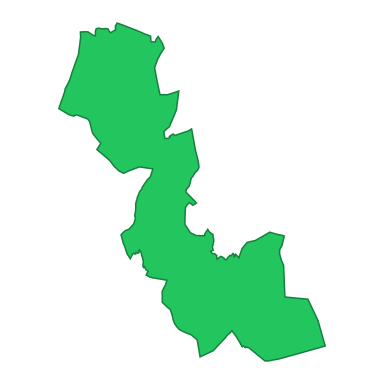 Kware, Sokoto, Nigeria (Equal Earth projection)
{"feature_id": "59680162B33139882700556", "entity_name": "Kware", "entity_type": "district", "adm_level": 2, "iso_a3": "NGA", "parent_name": "Nigeria", "parent_adm1": "Sokoto", "projection": "equal_earth", "projection_center": [5.32, 13.155], "detail": "fine", "context": "isolated", "style": "filled", "palette": "green", "viewbox_px": 384, "rotation_deg": 0, "n_neighbors": 0, "source": "geoboundaries", "source_scale": "gbopen_adm2", "svg_char_len": 3929}
<svg xmlns="http://www.w3.org/2000/svg" viewBox="0 0 384 384"><path d="M325.2,346.0L320.6,329.8L317.9,320.3L307.9,299.2L284.9,297.0L283.6,265.3L281.6,260.9L279.6,253.9L279.7,249.7L282.0,245.5L284.3,236.1L282.1,235.3L277.3,234.4L269.8,232.2L255.3,240.5L247.1,242.4L242.1,248.5L239.5,256.0L238.9,257.8L237.3,256.0L235.7,254.3L235.1,255.1L235.0,256.1L234.0,256.7L233.8,254.1L232.9,253.5L231.2,255.7L230.0,255.4L227.8,257.5L226.8,259.3L225.7,260.0L223.4,257.6L221.2,256.5L220.5,256.4L217.3,259.0L216.7,258.5L216.8,255.6L214.9,253.9L212.9,253.6L211.6,252.9L210.8,251.3L213.2,250.3L212.3,246.7L213.2,244.6L213.1,243.6L213.7,241.7L213.8,239.7L213.2,237.6L213.0,236.1L213.0,234.4L212.3,234.2L209.6,232.0L208.7,231.1L207.7,229.3L204.8,233.9L204.6,235.7L196.2,235.6L190.4,232.7L185.0,224.5L184.9,223.7L185.1,215.0L185.5,207.5L187.3,204.7L189.4,202.6L192.9,205.3L196.4,203.1L194.5,200.8L186.1,192.3L186.0,191.1L186.3,189.6L186.8,188.9L187.6,187.9L188.9,186.6L190.2,182.9L191.1,178.5L191.3,178.0L192.4,177.0L192.8,176.6L193.2,175.8L193.6,175.0L193.8,174.6L194.6,173.6L195.1,172.6L196.2,171.5L197.1,170.8L198.0,169.6L198.1,169.3L198.4,168.8L198.6,168.3L198.7,168.0L199.0,167.2L198.3,161.4L195.5,150.4L191.6,128.9L188.9,130.7L186.9,131.4L174.8,135.4L173.1,134.0L169.4,136.4L170.0,137.2L169.3,137.8L168.4,138.4L164.8,138.4L163.9,131.7L165.4,130.1L169.4,126.7L176.4,110.0L178.8,91.0L167.8,94.7L160.0,94.7L157.0,80.6L154.6,67.8L157.6,59.4L161.3,52.5L164.2,48.2L162.4,43.4L158.2,36.5L156.0,39.5L155.4,41.8L152.0,41.9L150.9,41.4L150.6,36.1L144.9,34.0L137.6,30.8L122.4,24.9L119.2,23.8L117.2,23.0L115.4,25.8L115.5,29.9L110.7,32.7L109.3,31.5L108.1,29.0L105.7,28.5L102.4,28.9L98.2,28.1L96.1,28.9L95.3,31.8L95.5,33.9L95.4,35.8L92.9,35.2L88.3,32.0L85.9,31.7L80.4,32.0L80.6,37.5L78.5,54.2L71.8,73.1L70.5,77.4L70.0,78.9L69.4,80.3L69.2,80.8L68.9,81.7L65.2,88.7L64.6,91.9L62.9,96.9L61.4,101.1L58.8,108.6L68.6,114.5L73.7,116.2L76.2,114.7L87.7,119.0L89.6,121.5L91.4,128.8L92.5,132.7L93.3,134.2L98.1,140.2L100.8,143.2L96.9,149.6L107.6,158.6L109.8,160.6L114.1,166.3L118.9,170.9L123.5,173.3L130.0,170.4L139.5,166.9L152.9,168.9L150.2,177.0L148.4,178.6L147.4,179.7L144.1,184.4L143.3,185.9L142.6,186.5L141.7,189.1L139.8,191.3L138.4,194.8L137.2,197.7L137.0,199.2L136.8,200.0L136.2,201.5L135.6,204.6L135.8,206.1L135.7,209.8L135.3,212.4L135.0,213.8L134.7,215.6L135.1,217.1L135.5,217.9L135.4,218.7L134.7,220.7L134.2,222.6L133.4,224.2L130.4,227.7L128.8,229.3L125.3,230.6L122.0,233.7L121.0,234.8L123.6,244.2L124.4,245.5L127.0,253.7L130.3,258.7L131.5,256.3L132.5,254.0L133.7,253.2L134.8,254.0L135.7,254.1L136.1,252.3L137.1,252.7L137.9,253.3L138.8,252.8L139.1,251.9L138.8,250.9L139.3,250.0L140.8,251.9L141.4,253.6L141.7,254.9L141.6,255.6L142.5,257.3L142.8,259.7L143.2,260.2L143.3,260.7L143.2,262.8L142.9,265.4L143.1,266.7L143.6,267.6L144.1,267.3L144.4,266.6L144.7,266.8L144.9,267.1L145.1,268.1L145.7,269.3L146.4,270.1L147.0,270.4L148.2,271.5L147.1,273.0L146.6,274.0L146.2,275.1L149.4,276.9L151.2,277.4L152.7,277.9L153.2,277.9L166.9,280.2L165.5,284.9L163.8,287.9L162.9,289.9L162.1,291.6L162.3,295.5L162.2,302.3L168.0,307.8L170.2,309.3L172.3,315.5L173.0,319.2L173.5,320.8L174.7,323.6L176.4,326.2L179.2,329.5L182.3,331.1L186.3,333.0L191.1,334.7L197.2,339.9L200.1,356.9L208.3,353.0L213.4,350.6L217.3,346.3L224.9,338.3L227.3,335.2L230.1,332.9L231.9,330.7L236.4,336.8L240.4,343.5L240.5,343.9L240.7,344.1L240.7,344.5L241.0,344.7L241.3,345.0L241.5,345.5L241.6,346.0L241.8,346.3L241.9,346.5L242.2,346.8L242.3,346.7L242.5,346.5L242.4,346.4L242.7,346.1L243.0,346.1L243.5,346.3L244.0,346.4L244.2,346.6L244.5,346.8L244.6,347.0L244.8,347.4L245.0,347.6L245.5,347.5L245.9,347.3L246.2,347.1L246.5,347.1L246.8,347.1L247.0,347.3L247.3,347.2L247.6,347.3L247.8,347.5L248.1,347.5L248.4,347.6L248.6,347.6L248.8,347.6L249.0,347.8L249.1,348.0L249.4,348.1L249.7,348.4L250.6,349.2L264.9,360.9L267.7,361.0L278.7,359.0L304.4,351.9L325.2,346.0Z" fill="#22c55e" stroke="#15803d" stroke-width="1.5"/></svg>